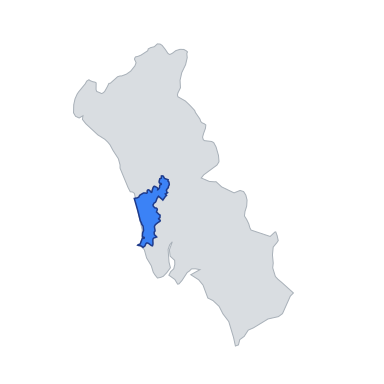 location of Leiria within Portugal, rotated 324°
{"feature_id": "PRT-740", "entity_name": "Leiria", "entity_type": "District", "adm_level": 1, "iso_a3": "PRT", "parent_name": "Portugal", "parent_adm1": "", "projection": "robinson", "projection_center": [-8.666, 39.654], "detail": "fine", "context": "in_parent", "style": "filled", "palette": "blue", "viewbox_px": 384, "rotation_deg": 324, "n_neighbors": 0, "source": "natural_earth", "source_scale": "10m", "svg_char_len": 4982}
<svg xmlns="http://www.w3.org/2000/svg" viewBox="0 0 384 384"><g transform="rotate(324 192 192)"><path d="M147.6,51.9L152.1,47.9L156.6,45.3L159.0,44.4L169.3,41.7L172.0,40.4L174.6,40.6L175.0,41.9L176.5,44.4L178.1,46.1L178.6,47.4L174.6,52.7L174.0,54.6L176.1,58.0L176.5,59.0L177.5,59.5L180.3,59.4L185.3,57.1L188.6,55.3L189.8,56.0L199.5,55.0L201.9,55.8L203.4,56.8L208.2,58.1L213.4,58.2L219.9,56.4L222.7,54.6L223.2,52.6L223.4,51.1L224.2,50.1L225.7,49.5L228.0,50.5L231.3,51.3L239.2,51.7L240.7,50.5L243.4,50.9L246.9,52.3L251.0,51.8L253.1,53.5L254.0,55.8L254.2,60.8L254.0,65.8L254.8,67.7L257.6,68.2L262.0,68.1L266.1,69.5L269.2,71.9L270.3,74.3L270.7,76.0L269.2,76.9L267.1,80.5L261.7,85.2L253.9,89.4L248.0,94.6L243.9,100.9L238.8,103.6L237.2,105.0L236.6,106.7L240.1,114.4L241.2,120.3L242.1,127.6L241.5,129.7L241.3,137.7L240.5,140.0L240.8,141.9L242.0,143.9L242.6,145.9L240.3,148.4L236.0,151.3L232.8,153.8L231.9,156.2L232.2,157.7L237.6,162.7L238.6,164.8L237.9,169.8L234.9,178.0L231.9,183.0L231.4,183.5L228.0,184.9L211.7,185.0L207.7,186.1L208.3,187.1L212.2,193.6L216.2,197.0L217.5,197.8L219.0,205.3L225.5,217.4L231.8,219.0L234.0,222.0L233.7,226.2L231.8,230.9L227.9,235.6L223.3,239.0L220.3,242.3L220.1,246.2L219.2,251.1L217.8,254.9L217.4,257.5L229.1,273.9L235.5,273.1L236.3,273.5L235.2,277.4L233.2,282.0L230.8,282.9L225.3,284.3L220.1,290.2L215.9,297.3L212.7,300.8L209.8,309.3L210.2,312.9L211.6,318.6L214.7,333.3L210.4,334.0L193.7,343.6L188.6,343.6L178.9,339.4L161.8,338.0L156.3,336.8L149.3,339.5L143.9,339.5L139.7,343.0L136.6,342.1L140.1,334.1L145.6,318.4L145.4,308.8L146.7,300.5L145.2,292.3L142.5,287.1L146.2,273.8L145.8,266.9L142.4,258.2L152.8,259.5L149.6,256.1L146.4,253.9L143.4,254.4L140.8,254.3L131.9,257.7L127.5,258.7L126.2,258.1L126.7,252.7L124.4,245.7L128.0,243.9L132.1,243.4L135.6,240.4L137.8,237.1L136.6,231.1L139.7,225.5L146.8,220.7L143.1,221.5L138.9,224.4L132.2,235.2L130.0,240.6L124.3,242.4L119.2,243.3L116.6,242.7L113.5,241.3L113.3,237.3L113.5,234.1L115.7,227.7L116.5,218.7L119.5,210.7L119.3,208.5L118.5,205.3L121.2,202.2L124.5,200.1L129.5,193.2L136.5,176.7L144.6,159.3L143.9,157.1L142.2,155.5L142.9,150.8L147.8,130.4L149.7,127.8L152.0,121.8L152.5,112.2L153.4,105.5L153.2,102.2L152.5,98.2L149.4,90.5L146.2,74.3L146.0,68.9L148.6,66.2L144.2,65.8L142.3,62.3L142.7,58.3L147.6,51.9Z" fill="#d9dde1" stroke="#a8b0b8" stroke-width="1"/><path d="M119.8,208.0L119.5,206.6L118.9,205.4L117.2,203.7L116.8,203.1L117.4,203.0L119.5,203.6L123.1,201.3L124.0,200.6L125.0,200.5L125.6,201.2L126.1,201.3L126.7,200.7L126.3,200.0L125.5,199.2L126.3,198.0L127.4,196.8L127.8,196.2L128.7,195.6L130.1,194.8L130.8,193.6L131.3,192.7L132.3,191.0L132.4,190.0L132.3,188.9L132.9,187.3L133.2,185.0L137.1,175.4L141.5,163.3L143.0,163.9L143.4,164.2L144.1,164.5L145.7,164.8L146.1,164.8L146.7,164.4L147.9,163.9L150.4,164.1L151.4,164.2L152.4,164.4L152.9,164.8L153.8,165.5L154.2,166.1L154.4,166.2L154.7,166.3L155.2,166.3L155.5,166.1L156.3,164.8L156.7,164.6L157.0,164.4L157.4,164.4L157.7,164.4L158.0,164.6L158.3,164.9L158.7,166.2L158.7,166.8L158.7,167.7L158.8,168.2L159.0,168.5L159.6,168.4L160.5,167.4L161.7,166.6L163.3,165.4L164.3,165.4L164.4,165.1L164.8,165.2L165.2,165.5L165.8,166.7L166.3,167.9L166.5,168.6L166.4,169.1L166.1,169.5L165.8,169.8L165.6,170.0L165.9,170.1L166.3,170.1L168.3,169.4L170.0,167.5L170.5,167.5L171.2,167.8L171.6,167.8L171.9,167.5L172.0,167.0L171.8,166.6L171.2,166.1L171.1,165.9L171.0,165.5L171.0,165.1L171.7,164.0L173.8,162.3L175.2,162.8L176.7,161.0L177.3,161.4L177.6,161.6L177.9,162.0L178.1,162.4L177.8,164.1L177.9,165.1L179.9,168.1L179.4,168.5L179.2,168.8L178.9,169.4L179.1,169.7L179.2,169.9L179.2,170.0L179.0,170.7L178.1,172.5L177.6,172.9L177.2,173.2L176.8,173.3L176.3,173.5L175.9,174.0L175.5,174.5L175.2,174.7L174.7,174.6L172.6,175.3L172.3,175.5L172.1,175.9L172.1,176.2L172.1,176.5L171.8,176.8L171.4,177.3L171.4,177.6L171.7,178.2L169.6,178.1L169.3,177.9L169.2,178.2L169.3,178.6L169.5,179.8L169.2,179.9L168.3,179.8L167.2,180.2L166.6,180.4L164.6,181.1L163.7,181.4L163.7,181.1L163.5,180.7L163.5,180.3L163.1,178.9L163.0,178.2L162.4,175.7L161.6,175.9L161.0,176.4L160.5,176.4L159.9,176.6L157.5,178.3L156.6,178.7L156.0,178.8L155.1,178.6L152.9,179.5L152.7,179.9L152.4,180.4L152.4,180.9L152.5,181.9L152.5,182.6L152.7,183.1L153.0,183.4L153.4,183.7L153.8,184.2L153.9,185.1L153.8,185.6L153.4,186.0L153.0,186.3L152.6,186.5L151.5,187.3L151.9,189.2L152.0,190.3L152.6,191.9L152.3,192.3L151.0,193.9L150.6,194.0L150.2,194.0L149.8,193.8L149.4,193.8L149.2,194.1L149.2,194.5L149.2,194.9L149.6,195.6L149.6,195.8L149.6,196.0L149.5,196.5L148.8,196.9L146.4,196.7L143.2,196.9L141.8,197.5L141.1,198.1L139.6,201.2L139.2,201.7L138.8,202.0L137.8,202.2L136.7,203.9L136.5,204.7L136.8,205.7L137.0,207.6L135.6,207.3L134.7,206.9L134.0,206.8L133.4,206.9L133.1,207.0L132.6,207.3L131.6,208.5L130.4,210.4L129.5,211.5L128.4,212.3L127.7,211.5L126.6,208.0L126.1,207.3L125.8,206.8L125.4,206.6L125.2,206.7L124.6,206.6L124.2,206.8L122.1,208.0L120.2,208.0L119.8,208.0L119.8,208.0Z" fill="#3b82f6" stroke="#1e3a8a" stroke-width="1.5"/></g></svg>